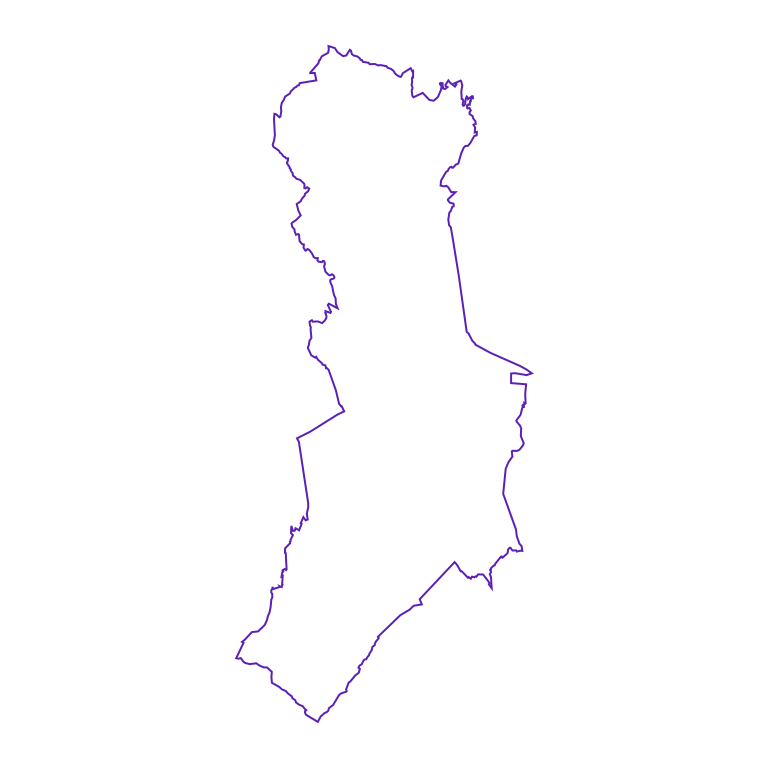 Acatlán, Hidalgo, Mexico (Equal Earth projection)
{"feature_id": "50627088B55512763165299", "entity_name": "Acatlán", "entity_type": "district", "adm_level": 2, "iso_a3": "MEX", "parent_name": "Mexico", "parent_adm1": "Hidalgo", "projection": "equal_earth", "projection_center": [-98.445, 20.205], "detail": "fine", "context": "isolated", "style": "outline", "palette": "violet", "viewbox_px": 768, "rotation_deg": 0, "n_neighbors": 0, "source": "geoboundaries", "source_scale": "gbopen_adm2", "svg_char_len": 6031}
<svg xmlns="http://www.w3.org/2000/svg" viewBox="0 0 768 768"><path d="M410.7,68.2L402.9,73.1L400.9,76.9L400.1,76.9L396.7,75.0L394.8,73.2L393.9,71.3L391.4,69.1L387.6,67.7L386.4,66.2L380.6,65.1L378.2,65.4L374.8,64.0L369.6,64.2L368.6,62.8L362.7,61.8L362.1,60.2L360.4,59.8L359.9,58.4L357.4,56.5L353.4,55.4L351.8,54.0L351.0,50.7L349.8,49.8L346.3,55.5L343.0,56.1L337.4,52.0L334.9,48.1L328.5,46.1L328.8,49.3L328.1,52.8L321.8,56.3L319.7,60.2L319.1,60.4L318.4,63.3L310.3,72.6L310.3,73.1L314.8,73.0L316.3,80.4L299.7,83.1L299.0,85.2L297.4,85.6L296.3,86.9L294.7,87.6L290.7,91.6L289.9,93.5L285.1,96.6L283.6,100.3L281.8,102.8L280.9,107.5L281.3,111.2L280.4,116.6L279.4,117.3L276.4,114.4L274.4,113.8L274.0,119.4L274.9,135.1L274.0,140.7L272.7,144.7L273.4,146.8L278.9,150.7L280.2,152.9L281.4,153.6L283.5,156.4L285.1,157.1L286.2,158.4L288.2,158.4L287.6,161.7L287.0,162.2L287.2,163.7L289.7,167.3L289.7,168.3L290.8,169.4L290.7,170.6L292.6,173.1L293.0,175.7L295.4,177.4L296.3,178.7L300.1,179.9L304.1,183.6L304.5,184.8L304.3,187.9L305.6,188.4L307.2,187.2L309.2,188.7L308.0,191.4L305.0,193.8L304.6,195.6L301.9,198.8L300.7,201.3L296.7,204.0L298.4,210.7L300.7,215.4L295.9,220.2L292.1,222.7L291.5,223.6L292.3,226.9L294.5,229.5L294.7,231.7L296.0,234.8L298.2,234.1L299.0,234.6L299.6,241.2L302.0,244.0L303.9,244.5L303.5,247.6L305.2,250.4L305.8,250.7L307.5,249.0L309.3,250.0L312.0,253.5L313.8,257.2L315.3,258.1L317.8,258.1L317.4,260.3L318.4,261.6L321.8,262.2L322.9,260.9L324.2,261.2L324.9,263.9L324.1,266.4L325.4,271.6L328.5,274.8L329.9,275.4L332.0,274.3L333.6,275.4L334.3,276.8L334.3,277.9L333.5,278.6L330.9,279.4L330.2,280.3L330.4,282.2L332.2,286.5L333.9,294.8L335.6,298.3L335.9,304.0L337.6,308.3L328.9,303.7L327.8,305.0L331.0,311.8L330.4,312.9L325.5,311.1L325.8,313.3L325.4,313.3L326.5,316.3L326.3,318.1L324.7,320.7L322.1,323.1L317.7,321.4L312.8,321.7L311.9,320.2L309.6,321.6L309.9,325.2L310.8,327.2L310.6,329.2L311.4,337.9L309.5,340.8L308.9,344.7L307.8,347.8L311.3,355.3L315.2,357.7L316.1,356.8L318.1,359.9L322.1,363.4L322.5,364.6L325.4,365.4L326.0,368.2L326.7,368.0L328.6,369.8L335.9,390.4L339.1,403.8L341.2,406.4L341.7,406.2L344.2,411.4L337.4,414.6L310.2,431.7L297.0,438.3L298.9,441.9L308.2,503.1L308.2,507.5L306.8,513.5L307.7,519.5L305.6,520.3L303.4,517.1L300.7,523.3L301.6,523.9L299.1,530.3L295.6,528.3L294.6,530.8L292.8,530.8L291.4,525.9L291.0,533.1L292.9,535.2L290.6,539.7L290.5,541.5L289.9,541.8L290.1,543.2L285.1,548.3L285.0,552.8L285.6,552.9L285.8,554.0L286.6,569.3L286.1,570.1L284.7,569.0L282.6,570.3L283.3,571.6L282.3,572.3L281.5,576.7L282.7,576.1L282.1,584.3L282.5,584.6L281.7,587.1L279.6,586.2L280.0,586.9L273.4,589.0L272.4,586.8L272.6,588.3L271.3,590.3L271.3,592.5L272.2,593.8L272.3,597.3L271.3,599.6L270.6,607.2L269.5,612.6L267.9,616.0L267.0,620.0L264.8,624.9L258.1,631.4L251.9,632.1L244.8,639.7L242.0,641.9L243.5,642.9L236.2,658.2L238.4,658.7L240.8,658.1L243.4,661.7L245.2,663.0L249.8,664.1L256.3,663.3L258.9,665.2L263.7,667.4L266.9,667.4L271.8,671.8L271.4,677.2L271.9,682.8L279.2,686.9L282.0,689.4L285.6,690.9L288.1,693.6L291.8,696.3L292.5,698.3L295.3,700.2L296.0,702.5L299.3,704.8L302.6,706.1L305.3,709.5L306.1,709.8L306.3,710.3L305.2,710.9L304.9,712.3L305.9,714.7L317.8,721.9L320.6,716.6L324.2,713.3L326.9,712.0L328.3,710.7L328.9,708.2L333.1,705.0L339.0,695.1L341.1,693.4L346.4,691.6L346.7,691.1L346.1,689.4L348.7,682.5L350.3,681.5L355.1,675.6L358.7,672.8L359.9,668.9L358.5,667.8L359.4,665.7L361.8,664.2L363.5,660.5L364.6,659.5L366.2,659.3L367.8,656.5L369.0,655.5L369.4,653.7L371.7,650.2L372.4,646.9L374.8,645.0L374.8,643.9L375.9,641.5L378.6,638.4L378.6,637.4L378.2,637.6L377.9,636.8L400.3,615.2L409.7,609.6L413.6,605.8L421.8,604.4L419.7,599.2L454.6,562.1L457.2,565.1L460.7,571.3L461.4,571.1L462.6,572.1L468.0,577.8L468.7,577.1L470.8,578.7L472.1,576.6L474.2,577.3L475.4,576.4L476.3,576.8L478.1,574.4L483.1,574.5L488.8,581.9L489.4,583.3L488.9,584.4L491.7,588.2L491.0,577.2L489.8,574.2L491.1,572.0L490.1,570.0L490.9,569.6L490.8,568.5L493.6,565.6L494.6,565.4L495.4,563.6L501.0,556.6L501.6,556.5L501.9,557.5L502.5,557.7L506.8,553.9L507.7,552.8L508.0,549.7L509.6,547.8L510.5,547.8L512.5,550.5L516.2,550.4L516.9,551.6L520.2,550.7L522.3,550.9L521.6,546.2L519.5,543.8L516.8,536.3L516.0,529.5L503.2,493.9L505.7,468.8L508.5,462.1L512.4,456.6L511.8,451.4L512.4,450.8L517.1,450.9L519.3,449.9L523.1,445.3L523.7,443.1L520.8,436.1L521.2,428.5L520.0,425.6L516.6,421.6L516.3,420.5L520.5,414.9L522.5,407.2L524.0,406.9L523.7,405.2L522.8,406.1L522.5,405.5L523.3,404.5L524.3,404.4L524.3,403.3L524.9,403.9L525.6,403.3L525.2,394.2L526.1,384.3L511.1,383.1L511.1,373.5L515.2,373.2L526.6,375.1L531.8,373.3L526.3,369.4L519.9,365.9L490.3,352.8L475.3,344.6L475.1,343.7L472.3,340.7L468.4,333.2L466.7,331.9L458.8,275.9L452.9,239.3L450.8,227.3L449.1,225.2L448.3,219.5L449.4,212.5L450.6,211.3L452.4,206.7L453.6,206.4L453.8,205.3L453.5,203.6L450.0,202.8L448.0,200.4L447.9,199.4L455.5,192.2L451.2,192.1L448.3,187.4L446.4,185.8L444.2,186.4L440.6,185.6L441.0,180.7L446.0,172.0L447.9,170.8L448.5,169.1L450.1,167.2L451.4,166.8L452.1,167.7L453.2,167.6L455.8,164.6L458.3,163.6L461.2,153.4L463.8,147.6L465.4,146.0L468.0,145.8L470.5,142.7L474.2,136.1L476.7,135.3L476.9,132.0L474.7,132.5L475.2,127.8L473.5,124.7L475.8,123.8L475.4,121.3L473.2,118.4L472.6,116.1L469.6,114.1L469.5,112.3L470.8,110.5L469.5,108.0L467.7,108.5L467.1,108.0L467.1,105.3L467.9,105.3L468.3,104.4L469.7,104.7L470.1,101.2L470.8,101.2L470.9,98.5L473.0,98.3L472.8,96.5L471.2,96.8L473.0,96.3L471.9,96.2L468.0,99.2L467.4,97.0L466.7,96.5L465.7,98.9L465.1,103.8L464.5,105.3L463.3,105.8L462.6,104.5L463.4,100.9L462.6,99.2L461.7,99.0L461.3,91.4L462.3,85.4L461.2,81.4L460.6,80.6L454.5,83.3L456.4,84.4L455.0,86.6L450.3,82.9L448.4,80.4L445.5,84.9L445.5,85.9L447.5,87.1L445.0,89.0L443.2,88.5L443.1,87.1L442.6,86.7L442.6,83.3L440.8,82.9L439.9,83.4L440.1,84.5L441.6,86.1L441.0,89.8L438.0,96.9L433.7,100.7L429.5,100.0L422.7,92.9L413.5,97.3L412.3,95.8L411.7,90.2L412.4,88.9L412.5,87.4L411.5,84.7L412.1,82.8L412.0,78.2L412.4,77.3L413.1,77.4L413.1,70.9L412.3,71.4L410.7,68.2Z" fill="none" stroke="#5b21b6" stroke-width="2"/></svg>